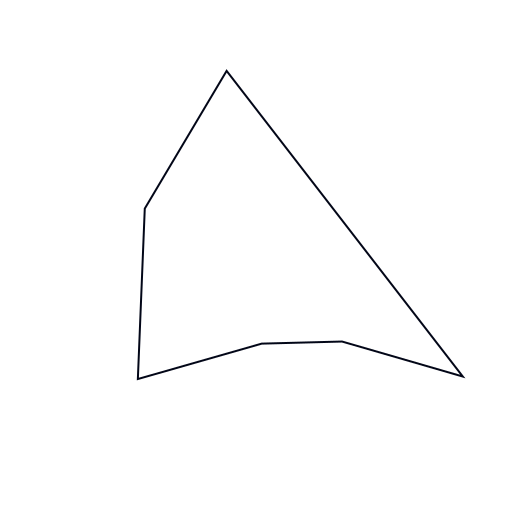 Trzin, Albers equal-area conic projection, rotated 70°
{"feature_id": "SVN-236", "entity_name": "Trzin", "entity_type": "Municipality", "adm_level": 1, "iso_a3": "SVN", "parent_name": "Slovenia", "parent_adm1": "", "projection": "albers", "projection_center": [14.555, 46.128], "detail": "fine", "context": "isolated", "style": "outline", "palette": "ink", "viewbox_px": 512, "rotation_deg": 70, "n_neighbors": 0, "source": "natural_earth", "source_scale": "10m", "svg_char_len": 247}
<svg xmlns="http://www.w3.org/2000/svg" viewBox="0 0 512 512"><g transform="rotate(70 256 256)"><path d="M72.0,220.3L440.0,102.9L365.8,204.4L340.3,280.6L331.2,409.1L173.4,344.3L72.0,220.3Z" fill="none" stroke="#020617" stroke-width="2"/></g></svg>